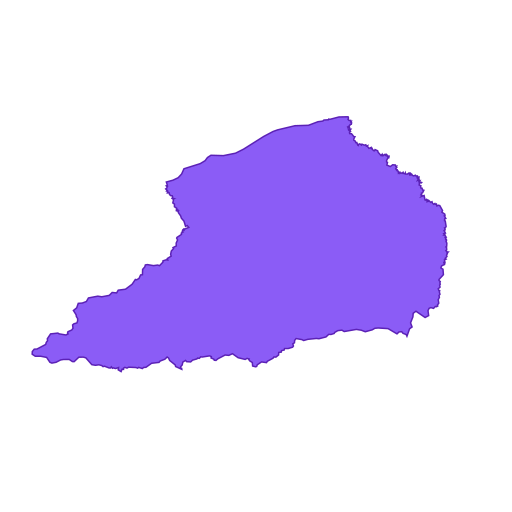 Riohacha, La Guajira, Colombia, rotated 16°
{"feature_id": "7082276B41074866331491", "entity_name": "Riohacha", "entity_type": "district", "adm_level": 2, "iso_a3": "COL", "parent_name": "Colombia", "parent_adm1": "La Guajira", "projection": "albers", "projection_center": [-72.946, 11.235], "detail": "fine", "context": "isolated", "style": "filled", "palette": "violet", "viewbox_px": 512, "rotation_deg": 16, "n_neighbors": 0, "source": "geoboundaries", "source_scale": "gbopen_adm2", "svg_char_len": 6123}
<svg xmlns="http://www.w3.org/2000/svg" viewBox="0 0 512 512"><g transform="rotate(16 256 256)"><path d="M437.1,214.4L439.5,212.2L438.3,210.3L438.9,210.0L439.5,210.8L439.5,210.2L438.2,207.8L439.6,206.6L438.5,206.0L439.7,203.8L438.9,202.7L439.3,200.9L438.8,200.5L439.6,199.2L438.5,199.4L437.0,198.5L437.6,197.5L436.7,195.0L436.1,194.9L436.6,194.0L435.9,191.0L434.7,189.7L434.9,188.7L434.0,188.0L434.4,187.7L432.7,186.0L433.6,185.5L432.0,184.0L430.8,184.1L431.4,183.2L430.4,182.7L431.8,181.8L430.3,180.2L430.4,179.4L429.9,179.5L430.4,178.2L429.5,177.0L430.3,176.5L430.6,175.2L428.3,170.2L427.5,170.1L427.1,168.3L428.1,167.6L426.0,165.6L426.6,165.1L425.9,163.7L422.6,162.6L422.8,160.9L418.8,156.9L417.4,156.9L416.1,158.0L415.1,156.3L414.2,156.9L413.5,156.2L412.6,157.3L411.1,156.6L410.2,155.3L409.2,156.3L406.8,155.0L406.6,156.0L405.5,156.6L405.5,154.9L404.4,154.5L404.0,155.5L403.1,155.6L400.9,151.5L398.6,153.2L399.1,152.1L397.7,151.8L398.2,150.8L397.7,150.0L398.7,149.3L399.2,146.6L398.2,146.7L396.8,145.0L396.0,145.3L395.2,144.4L395.1,143.0L393.3,142.8L392.9,140.4L394.6,140.3L394.9,139.7L392.4,139.7L392.8,138.4L391.9,138.8L391.7,137.6L390.5,138.7L390.8,137.1L389.9,136.7L391.0,135.8L390.9,135.1L389.2,135.7L389.0,134.6L387.7,135.0L386.9,134.4L385.6,135.5L384.0,135.4L383.5,134.7L381.6,135.8L380.9,135.0L382.2,134.1L381.4,133.7L379.9,134.2L378.9,135.6L377.0,136.0L376.6,135.0L376.4,135.8L375.0,136.0L374.3,135.0L373.6,136.3L372.5,136.1L371.6,136.9L371.1,135.8L370.1,137.1L369.3,135.2L368.1,135.1L367.9,134.2L367.2,134.4L366.2,133.5L366.9,132.0L366.2,131.6L366.4,130.9L365.6,131.2L364.9,130.1L362.3,130.6L360.4,133.0L356.7,132.5L356.6,129.8L355.6,129.6L355.2,128.1L355.7,125.7L356.4,125.1L355.5,124.5L356.5,124.0L356.4,123.3L354.5,123.8L354.3,122.9L353.0,122.3L352.8,123.5L351.6,123.0L350.6,124.4L349.5,123.5L349.6,124.6L348.7,124.3L348.5,125.0L344.9,122.7L343.9,121.3L341.1,120.9L340.9,122.1L340.2,122.3L338.2,121.3L338.0,120.5L337.1,120.8L336.8,119.9L334.9,121.4L332.8,119.8L332.9,119.2L331.8,120.0L330.9,118.8L329.6,119.6L327.0,119.3L326.8,120.3L324.8,119.6L323.6,120.6L323.8,121.5L323.3,121.4L321.6,119.1L320.7,119.5L319.6,118.1L318.2,117.8L317.7,116.7L318.2,114.1L317.2,114.3L314.1,112.1L312.3,112.5L311.7,111.1L312.5,110.3L311.7,109.8L312.1,108.3L310.3,109.4L309.8,108.5L310.9,108.3L311.2,107.7L310.2,106.3L309.0,107.1L308.5,106.7L310.2,104.7L310.2,103.7L311.3,103.1L311.2,101.6L310.3,101.3L310.5,100.3L309.9,100.6L309.6,99.6L308.0,100.0L306.8,99.3L306.9,97.9L306.1,96.8L297.4,99.5L289.3,104.3L288.2,104.3L288.0,105.1L283.8,106.6L283.0,107.9L278.6,109.8L270.4,115.9L257.6,120.0L242.0,128.8L238.1,131.6L230.4,139.0L214.6,156.7L208.0,162.8L197.0,168.5L184.9,171.6L182.2,174.7L180.8,178.4L176.9,182.6L162.7,192.0L161.9,197.7L159.6,202.2L155.3,206.0L149.4,209.6L151.3,212.4L150.8,212.9L151.3,213.3L150.7,213.5L151.6,214.0L151.5,215.4L150.7,216.4L152.6,217.4L152.2,218.2L153.4,218.2L153.4,219.8L155.0,219.1L156.0,220.8L157.4,221.5L158.9,221.2L159.7,222.4L159.4,223.7L161.1,223.5L160.3,224.1L161.2,224.5L161.4,227.9L163.3,228.6L164.0,231.1L166.7,232.0L166.7,232.9L167.7,233.2L166.8,233.4L166.9,234.4L169.0,234.5L169.4,235.7L172.5,238.2L173.8,240.2L177.1,242.3L180.1,246.9L181.5,245.7L183.5,247.0L179.9,249.9L179.3,249.7L178.8,250.5L179.4,251.1L178.4,251.3L178.4,253.0L179.2,253.1L177.9,254.6L178.4,255.8L174.9,259.9L174.8,260.7L176.2,262.2L175.7,265.6L176.6,268.3L173.9,270.8L174.7,271.6L173.2,274.6L173.5,278.0L174.5,279.5L171.4,282.9L172.3,284.2L170.7,284.4L167.9,286.3L168.2,287.6L165.9,291.9L164.0,291.8L160.1,293.5L153.9,294.2L152.1,295.1L152.1,297.1L150.7,300.1L152.0,305.3L150.3,306.0L149.7,309.8L147.8,311.8L146.5,311.8L144.7,317.3L139.7,323.9L133.0,326.8L132.2,329.9L127.8,330.7L125.8,334.3L119.0,337.7L115.0,338.2L106.5,342.5L105.5,346.5L102.0,349.1L98.2,350.5L97.9,355.3L95.5,358.7L99.3,362.1L100.0,363.7L101.8,365.3L102.4,367.4L102.3,369.7L99.7,371.3L98.7,372.8L100.0,375.9L99.3,377.9L96.1,380.6L96.1,382.0L96.8,382.7L95.1,384.3L88.2,385.1L86.8,384.7L80.0,387.5L78.2,393.1L79.0,394.9L78.2,396.8L78.2,399.0L71.1,405.8L68.5,406.7L67.3,409.5L67.9,412.1L71.4,413.2L76.7,411.7L82.7,411.2L87.2,415.0L89.3,415.2L93.1,413.3L96.8,409.8L99.5,408.5L105.0,406.9L108.6,408.1L110.3,407.7L113.6,402.1L117.9,400.8L120.5,400.8L128.1,405.7L131.8,405.3L134.9,403.9L137.9,403.8L139.4,404.5L140.8,403.7L145.5,404.1L146.9,403.8L147.5,402.4L148.9,403.5L149.6,402.9L152.0,402.9L154.6,401.1L154.9,403.4L158.2,404.3L158.5,401.7L159.9,401.5L159.6,400.3L160.6,399.2L162.9,399.3L164.2,398.0L171.3,396.3L173.2,396.4L173.9,395.4L177.8,395.5L178.7,394.1L180.9,393.3L185.2,387.9L192.1,385.0L192.8,383.4L196.9,380.3L198.4,377.6L200.0,378.1L201.8,380.2L208.4,383.0L209.2,384.4L215.9,385.4L215.5,384.5L214.3,384.5L214.1,383.2L215.1,381.1L214.9,378.2L217.0,375.8L218.5,376.7L222.4,375.8L223.7,373.6L227.6,371.2L227.9,370.3L229.7,370.0L230.7,368.1L232.0,368.0L238.9,364.8L240.8,365.0L240.9,366.4L243.9,366.8L244.6,367.7L246.3,367.4L247.6,365.4L253.6,359.7L257.3,359.0L260.3,356.4L266.8,358.7L274.1,358.4L275.6,356.9L277.8,356.9L277.7,357.6L279.0,358.6L281.8,359.4L283.1,362.7L286.3,362.6L287.1,361.9L287.2,360.2L290.5,356.3L295.5,355.6L295.9,354.1L300.5,349.6L301.1,348.1L303.0,347.7L305.0,344.9L304.4,342.5L306.8,341.4L306.6,339.9L309.0,338.6L308.9,337.1L312.4,336.1L316.3,333.6L316.8,332.2L315.6,330.3L316.9,328.8L316.4,326.5L317.3,324.3L323.2,323.7L325.1,324.1L328.8,321.8L336.8,318.6L339.3,318.2L345.6,314.5L347.5,311.3L349.8,310.7L352.5,308.9L352.7,307.8L355.2,305.2L359.0,303.6L361.6,304.3L372.7,298.9L377.7,298.3L381.9,298.7L388.1,294.9L390.2,292.7L393.3,291.5L403.0,289.4L413.0,292.0L414.4,289.6L416.9,288.6L418.6,289.8L422.0,290.1L423.2,291.5L423.7,283.6L425.6,281.2L423.0,277.7L423.6,271.3L422.9,267.7L425.0,265.0L435.5,268.5L438.4,265.7L436.4,261.1L436.8,258.6L438.4,257.4L441.1,257.4L442.3,255.1L443.5,255.0L444.5,254.0L443.9,253.2L444.7,251.0L443.2,247.8L443.7,245.2L442.8,243.5L443.4,242.1L442.2,240.1L442.1,238.7L441.3,238.8L440.2,237.3L441.5,235.2L440.5,233.3L440.9,232.3L440.1,231.2L440.2,229.8L438.7,229.1L438.4,228.1L441.3,222.3L439.4,217.2L437.0,216.5L437.1,214.4Z" fill="#8b5cf6" stroke="#5b21b6" stroke-width="1.5"/></g></svg>